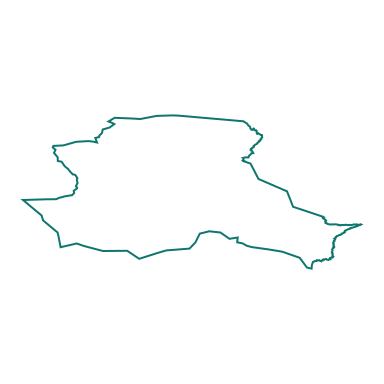 outline of Guovdageaidnu sme 1, Finnmark, Norway
{"feature_id": "86288312B74284621306348", "entity_name": "Guovdageaidnu sme 1", "entity_type": "district", "adm_level": 2, "iso_a3": "NOR", "parent_name": "Norway", "parent_adm1": "Finnmark", "projection": "robinson", "projection_center": [24.886, 69.134], "detail": "fine", "context": "isolated", "style": "outline", "palette": "teal", "viewbox_px": 384, "rotation_deg": 0, "n_neighbors": 0, "source": "geoboundaries", "source_scale": "gbopen_adm2", "svg_char_len": 5422}
<svg xmlns="http://www.w3.org/2000/svg" viewBox="0 0 384 384"><path d="M108.5,121.5L111.9,122.8L114.3,124.1L109.6,127.5L102.7,129.5L102.0,133.0L99.3,135.6L99.2,137.0L95.3,138.0L97.0,142.5L92.4,141.5L88.4,141.1L76.2,141.8L63.4,145.4L53.4,145.9L52.8,147.5L55.5,149.8L54.0,152.9L57.7,157.3L57.8,161.0L61.6,161.7L63.8,164.9L64.8,166.3L68.1,169.0L70.1,171.6L72.8,174.4L73.9,174.5L75.1,175.0L75.4,175.1L77.4,178.2L77.0,178.8L76.8,180.0L77.6,182.9L75.9,186.2L77.1,187.7L77.1,188.3L73.7,190.8L74.2,193.0L72.0,195.2L65.5,196.2L59.3,197.8L56.1,199.2L46.0,199.3L23.0,200.0L41.6,215.5L43.1,220.4L57.6,232.5L58.8,237.8L60.6,247.2L76.7,243.5L83.6,245.9L102.9,251.0L127.2,250.8L139.2,258.8L158.7,252.6L166.4,250.4L189.5,248.6L195.3,242.6L199.8,233.6L209.3,231.3L220.4,232.5L229.5,238.8L237.7,237.5L237.2,242.3L242.6,243.4L246.9,245.8L251.9,247.1L268.4,249.4L282.3,251.7L299.7,257.8L307.0,267.6L311.6,268.6L311.9,265.0L313.0,261.9L313.6,261.7L314.2,261.5L314.2,261.4L314.4,261.3L315.0,261.0L315.6,261.0L316.0,261.0L316.0,260.9L316.2,260.7L315.9,260.6L316.8,260.6L317.0,260.4L317.1,260.2L317.3,260.3L317.5,260.3L317.7,260.5L318.0,260.3L318.8,260.4L318.9,260.2L319.2,260.2L319.3,260.4L319.5,260.5L319.4,260.5L319.6,260.6L319.8,260.7L319.9,260.8L320.1,260.9L320.5,260.8L320.8,261.0L320.8,260.9L321.2,260.9L321.5,260.7L322.1,260.7L322.8,260.5L322.8,260.3L322.6,260.3L322.6,260.2L322.8,259.9L322.7,259.8L322.8,259.7L323.7,259.4L323.8,259.4L323.7,259.4L323.7,259.5L323.9,259.5L324.2,259.4L324.4,259.6L324.8,259.3L325.6,259.2L325.9,259.0L326.2,259.1L326.3,259.2L326.5,259.3L326.8,259.4L326.7,259.4L326.9,259.6L328.1,259.9L328.2,259.7L328.8,259.6L329.3,259.5L329.1,259.4L329.2,259.2L329.5,259.0L329.9,258.8L329.8,258.6L329.9,258.4L330.0,258.3L330.0,258.1L330.2,257.9L330.8,257.9L331.6,257.6L332.0,257.7L332.4,257.6L332.8,257.3L332.7,257.1L332.9,257.1L333.1,256.9L332.7,256.7L332.9,256.5L333.0,256.3L332.9,255.9L332.5,255.6L332.6,254.9L332.7,254.7L332.5,254.3L332.5,254.1L332.6,253.8L332.4,253.7L332.5,253.6L332.2,253.1L332.2,252.9L332.3,252.5L332.0,252.3L331.8,251.9L332.1,251.6L332.6,250.3L332.4,249.5L332.2,249.4L332.3,249.2L332.5,248.9L332.5,248.7L332.6,248.4L333.1,248.2L333.3,247.6L334.1,247.5L334.2,247.3L334.1,247.2L334.1,246.8L333.5,246.7L333.5,246.4L333.3,246.1L333.4,245.7L333.4,245.1L333.5,244.7L333.8,244.6L333.7,244.3L333.7,244.2L333.7,243.7L333.3,243.5L333.2,243.3L333.5,243.0L333.5,242.6L333.4,242.5L333.7,242.1L333.7,241.7L333.8,241.7L334.5,241.2L334.6,240.9L334.6,240.5L334.4,240.4L334.5,240.3L334.6,239.9L334.8,239.7L335.1,239.3L335.0,239.2L334.9,239.1L335.2,238.9L335.3,238.4L335.0,238.3L335.2,238.2L335.3,237.8L335.7,237.5L335.9,237.5L336.1,237.2L336.0,236.9L336.3,236.8L336.3,236.7L336.7,236.4L336.8,236.1L337.2,236.0L337.5,236.0L338.4,235.5L338.7,235.3L339.5,235.0L340.7,234.8L340.9,234.6L341.7,234.0L341.7,233.7L341.8,233.7L343.0,233.3L343.3,233.0L343.7,233.0L343.8,232.9L344.1,232.7L344.2,232.3L344.3,232.1L344.4,231.9L344.6,231.9L344.5,231.7L344.9,231.3L344.9,231.1L344.9,230.9L345.0,230.9L345.2,230.7L345.6,230.5L345.8,230.5L345.9,230.3L346.5,230.1L347.7,229.4L349.6,228.8L349.9,228.7L349.7,228.5L349.9,228.3L350.5,228.1L351.4,227.8L352.1,227.8L354.7,226.9L355.1,226.9L356.1,226.5L356.3,226.3L356.6,226.3L356.9,226.2L358.0,225.8L358.2,225.6L358.4,225.5L358.4,225.4L360.5,224.9L361.0,224.6L360.7,224.5L360.6,224.3L359.7,224.6L359.9,224.7L359.1,225.0L358.1,224.8L357.0,224.4L353.7,224.5L351.7,225.0L350.8,225.1L349.6,224.9L349.2,224.9L349.0,225.0L348.4,225.1L347.0,225.0L346.6,224.8L345.0,224.8L344.7,225.0L344.0,225.1L341.9,224.9L341.3,225.0L340.9,225.3L340.3,225.4L339.6,225.1L339.0,225.1L339.1,224.9L338.3,224.7L335.5,224.3L334.6,224.3L334.4,224.4L334.0,224.5L332.2,224.3L330.8,224.5L330.2,224.5L327.4,223.9L326.9,223.4L326.1,223.2L326.3,223.0L325.7,222.5L325.7,222.3L325.2,221.7L325.8,221.1L326.0,220.9L326.1,220.6L325.9,220.2L325.5,220.1L324.9,219.6L324.7,219.5L324.7,219.3L324.6,219.2L324.3,219.0L324.2,218.9L323.8,218.8L323.7,218.6L323.1,218.3L323.3,218.0L323.4,217.8L323.3,217.6L323.6,217.6L323.6,217.4L323.4,217.3L323.6,217.2L323.2,217.0L323.3,216.9L323.2,216.8L293.1,206.8L287.0,191.3L258.5,179.0L250.7,163.9L250.3,163.5L242.8,160.9L242.6,160.6L242.9,160.4L243.2,160.3L243.0,160.2L242.9,160.1L243.0,160.0L243.5,159.8L243.4,158.1L243.1,157.9L245.4,157.4L248.5,157.4L249.1,155.6L250.4,154.7L250.5,154.4L251.0,154.0L251.2,153.4L251.5,153.3L253.0,153.2L253.3,153.1L252.6,152.0L252.5,151.6L252.0,151.0L251.6,150.6L251.1,150.5L250.6,150.1L250.6,149.9L251.1,149.5L251.0,149.3L250.9,149.0L250.9,148.8L251.4,148.5L251.6,148.3L252.0,148.4L252.8,147.7L253.6,147.3L253.9,146.6L253.4,146.3L253.4,146.1L255.6,144.5L256.1,144.3L257.5,143.4L257.5,143.2L257.5,142.7L258.6,142.0L259.8,141.1L259.9,140.9L259.6,140.6L259.9,140.5L260.0,140.2L260.9,139.6L261.3,139.1L261.3,138.6L261.1,138.5L261.2,138.4L261.5,137.9L262.2,137.3L262.1,136.8L262.0,136.1L262.1,135.8L262.0,135.6L262.0,135.3L261.9,135.0L261.1,135.1L259.9,134.4L258.4,133.3L257.5,133.9L257.1,133.8L256.8,133.5L256.7,133.3L256.7,131.1L256.5,130.6L256.2,130.3L255.2,130.4L254.7,130.3L254.4,129.8L254.2,129.0L254.0,128.7L253.9,128.6L253.7,128.5L253.3,128.8L253.4,129.2L253.3,129.4L253.1,129.6L252.6,129.8L251.5,129.8L251.3,129.4L250.5,128.7L250.4,128.5L250.4,128.0L250.1,127.1L249.7,126.4L248.4,125.6L247.0,123.5L243.9,121.6L243.6,121.3L178.1,115.6L172.7,115.4L156.6,115.9L140.4,119.0L131.7,118.5L114.6,117.8L108.5,121.5Z" fill="none" stroke="#0f766e" stroke-width="2"/></svg>